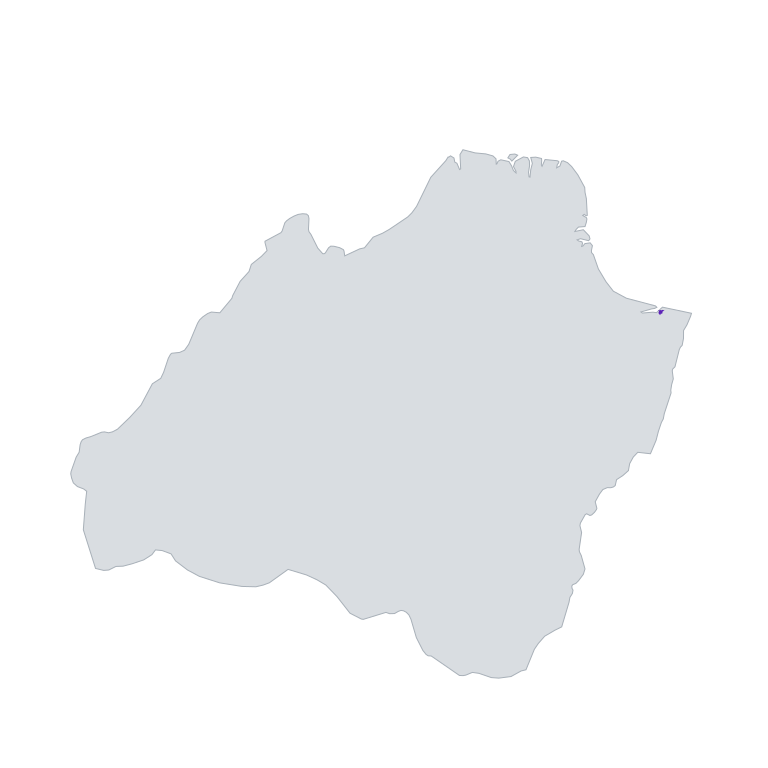 location of Surulere, Lagos, Nigeria, rotated 195°
{"feature_id": "59680162B1513568068009", "entity_name": "Surulere", "entity_type": "district", "adm_level": 2, "iso_a3": "NGA", "parent_name": "Nigeria", "parent_adm1": "Lagos", "projection": "natural_earth1", "projection_center": [3.345, 6.49], "detail": "fine", "context": "in_parent", "style": "filled", "palette": "violet", "viewbox_px": 768, "rotation_deg": 195, "n_neighbors": 0, "source": "geoboundaries", "source_scale": "gbopen_adm2", "svg_char_len": 4482}
<svg xmlns="http://www.w3.org/2000/svg" viewBox="0 0 768 768"><g transform="rotate(195 384 384)"><path d="M614.9,131.2L636.7,165.4L641.5,190.9L643.4,203.4L646.9,204.9L653.6,205.6L658.5,208.1L661.4,212.3L663.3,216.1L663.6,218.4L662.4,233.7L660.8,239.2L661.8,246.7L661.6,249.9L660.8,252.1L657.9,254.7L653.9,257.1L644.2,264.4L641.5,265.4L637.4,265.6L633.9,267.5L629.7,271.4L620.9,286.0L613.3,300.6L607.8,324.3L601.1,331.7L599.9,338.2L599.0,353.0L597.9,357.5L596.9,358.8L589.6,361.6L585.4,365.0L582.9,371.7L579.8,394.4L578.7,398.2L576.3,402.1L572.6,406.4L569.4,408.8L561.0,410.3L553.1,427.4L553.0,430.4L549.5,446.0L543.5,457.7L543.1,465.2L535.4,475.6L531.5,482.6L535.6,489.9L535.9,491.1L522.7,503.5L522.0,505.4L521.5,514.0L520.4,516.3L518.0,519.4L514.4,522.9L510.8,525.6L506.7,527.4L502.8,528.1L500.6,527.0L499.3,524.4L497.0,513.9L495.9,511.7L493.3,509.6L483.1,498.1L476.9,494.0L475.6,494.3L474.6,495.4L472.8,501.2L471.1,503.4L467.9,504.1L462.2,504.2L458.1,503.3L457.1,502.2L455.1,497.6L442.5,508.2L438.1,510.5L432.5,523.0L424.5,529.2L419.0,534.6L404.3,551.5L401.4,556.5L398.5,564.0L392.3,595.8L382.1,615.7L380.8,619.9L380.2,619.8L378.8,621.6L374.9,620.4L373.1,616.7L370.7,616.1L366.5,610.7L365.6,611.6L370.0,625.3L368.4,630.7L355.9,630.8L345.2,632.6L337.8,632.5L334.1,630.5L332.5,625.4L331.9,625.9L331.5,628.7L329.2,630.8L320.9,631.2L317.2,627.7L314.3,623.8L311.1,622.0L311.6,623.7L315.2,627.5L314.8,633.1L308.1,639.4L303.9,639.8L301.3,637.1L299.9,632.6L299.2,625.9L297.5,621.6L296.5,621.6L297.7,628.8L297.8,635.5L300.9,640.8L296.1,642.4L290.2,642.6L289.5,640.6L288.7,636.3L287.7,635.2L286.5,642.5L274.5,644.5L272.8,644.2L272.5,642.9L273.4,640.8L273.2,637.5L270.5,640.1L270.1,645.2L268.6,646.0L264.0,645.3L259.0,642.6L250.9,636.2L241.0,625.8L239.4,621.1L236.5,615.4L231.3,599.5L232.3,598.8L234.6,599.7L235.7,598.2L231.6,597.1L230.7,595.9L230.4,592.4L230.6,588.1L236.8,585.9L238.3,583.3L239.1,580.7L231.4,584.6L224.2,580.2L222.6,577.5L223.4,575.4L231.8,575.2L234.8,573.2L232.9,572.5L229.7,572.6L228.6,571.2L228.7,568.0L227.6,568.7L226.3,571.6L221.4,573.7L218.5,571.6L218.2,566.8L217.6,564.7L215.2,563.1L206.7,550.6L196.0,540.2L186.5,533.0L172.1,529.6L142.0,529.7L140.3,528.7L142.2,527.0L144.8,525.9L154.5,520.1L152.8,519.4L142.8,523.0L139.3,523.4L134.9,530.3L105.3,531.9L105.4,528.7L106.7,519.5L108.5,513.2L106.5,505.5L106.0,498.5L107.2,496.3L107.7,493.7L107.4,475.9L109.0,473.2L109.0,471.4L105.9,463.8L106.0,458.0L105.4,452.3L104.4,449.7L105.6,427.9L105.2,422.6L106.1,418.7L106.7,409.3L106.6,400.1L108.6,385.6L121.2,383.7L124.3,378.0L126.1,370.7L125.5,363.6L129.6,357.4L134.6,351.8L134.4,345.7L135.8,343.9L138.1,342.5L141.5,341.7L145.3,338.7L147.4,333.4L149.5,324.9L146.2,319.0L146.3,317.7L147.5,314.5L149.5,311.3L151.1,310.3L154.7,311.1L155.9,309.8L158.3,300.5L158.1,297.9L154.7,291.7L152.7,274.7L151.8,272.5L149.1,269.4L142.0,257.4L142.2,251.8L145.1,244.5L147.1,241.0L149.8,239.0L150.3,237.4L149.5,235.3L148.1,233.8L147.8,230.5L149.2,226.0L148.8,221.0L149.5,195.4L155.2,190.4L163.5,182.0L167.8,173.3L170.1,166.7L172.9,144.7L177.3,142.3L185.6,134.3L197.0,129.6L204.4,128.2L217.4,129.1L224.0,128.3L229.6,124.0L232.1,122.8L235.7,122.0L268.0,133.5L271.0,132.9L273.4,133.7L277.5,136.7L287.1,147.4L297.1,163.8L300.2,167.4L303.4,169.3L306.5,170.0L309.0,169.7L311.3,168.1L314.4,165.0L319.1,163.6L323.0,163.9L343.1,151.3L345.1,151.1L357.5,153.8L374.4,166.5L388.2,174.8L397.9,177.5L409.4,179.5L428.7,180.1L443.3,162.3L448.7,158.5L455.2,155.0L468.8,151.7L491.3,149.4L512.5,150.4L525.7,153.5L539.6,159.2L545.7,164.8L555.1,165.7L561.8,164.6L564.0,159.1L570.6,151.9L580.7,145.2L588.9,140.5L595.7,138.4L601.7,133.1L606.5,131.4L614.9,131.2ZM321.7,638.3L317.1,640.0L314.1,639.6L318.2,632.4L320.3,633.9L322.9,634.5L321.7,638.3Z" fill="#d9dde1" stroke="#a8b0b8" stroke-width="1"/><path d="M136.3,523.8L136.3,523.7L136.2,523.6L136.1,523.9L136.0,524.0L135.9,524.0L135.9,523.9L135.7,523.7L135.7,523.8L135.5,524.0L135.4,524.1L135.2,524.1L134.9,524.2L134.9,524.3L134.7,524.5L134.5,524.8L134.4,524.7L134.2,524.7L134.2,524.8L134.3,525.0L134.4,525.3L134.5,525.5L134.5,525.9L134.5,526.0L134.4,526.2L134.4,526.3L134.1,526.6L134.0,526.8L133.9,526.9L134.0,526.9L134.3,526.7L134.5,526.5L134.6,526.4L134.8,526.3L135.0,526.2L135.2,525.9L135.3,525.9L135.5,525.9L135.8,526.0L136.0,526.2L136.3,526.0L136.3,525.8L136.4,525.7L136.5,525.7L136.4,525.6L136.3,525.4L136.2,525.4L136.3,525.2L136.4,524.9L136.4,524.7L136.5,524.4L136.6,524.2L136.4,523.8L136.3,523.8Z" fill="#8b5cf6" stroke="#5b21b6" stroke-width="1.5"/></g></svg>